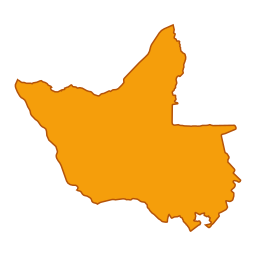 map outline of Matabeleland North (Mercator projection)
{"feature_id": "ZWE-526", "entity_name": "Matabeleland North", "entity_type": "Province", "adm_level": 1, "iso_a3": "ZWE", "parent_name": "Zimbabwe", "parent_adm1": "", "projection": "mercator", "projection_center": [27.816, -18.601], "detail": "fine", "context": "isolated", "style": "filled", "palette": "amber", "viewbox_px": 256, "rotation_deg": 0, "n_neighbors": 0, "source": "natural_earth", "source_scale": "10m", "svg_char_len": 5826}
<svg xmlns="http://www.w3.org/2000/svg" viewBox="0 0 256 256"><path d="M57.4,151.2L55.9,146.5L48.9,140.1L46.9,135.6L46.5,131.3L45.9,129.2L44.5,127.9L42.3,126.8L40.7,125.4L38.0,121.5L37.2,120.7L35.3,119.4L31.6,115.5L30.9,114.3L30.6,113.5L30.1,111.0L29.6,109.8L27.8,106.8L26.0,102.3L24.8,100.1L23.1,98.7L21.2,97.6L19.7,95.9L17.4,91.9L15.7,87.8L15.4,86.4L15.4,84.7L17.6,79.7L18.0,80.1L19.1,80.6L20.8,81.9L21.9,82.5L22.4,82.5L24.2,82.5L26.1,83.2L26.7,83.3L30.9,83.3L32.1,83.7L32.4,83.6L32.9,83.0L33.2,82.9L37.0,82.2L40.0,80.9L41.4,80.7L42.8,81.8L44.9,82.4L46.1,83.0L47.2,83.7L48.3,85.2L50.8,86.3L51.6,87.3L50.7,87.7L50.6,88.5L51.0,89.5L51.6,90.2L55.0,91.8L57.4,91.9L58.1,91.8L61.2,90.2L61.6,90.6L61.9,89.9L62.8,89.7L63.8,89.6L64.6,89.4L64.6,88.2L65.9,87.8L66.9,87.3L68.2,87.0L70.7,85.2L71.2,84.9L71.7,85.1L72.7,86.5L73.2,86.7L75.8,87.0L76.4,87.3L77.2,88.0L77.6,88.1L79.7,87.7L82.3,88.2L86.6,90.6L88.9,91.4L90.4,91.6L91.4,92.0L93.7,94.3L94.7,94.8L97.8,95.8L98.7,95.9L99.3,95.7L100.9,94.2L101.7,93.8L102.6,93.6L103.9,93.4L109.2,90.9L110.6,91.4L112.6,90.0L113.2,89.8L115.9,89.6L116.7,89.4L118.3,88.6L122.0,84.9L123.9,82.5L123.7,79.7L123.8,79.1L124.4,78.2L139.3,62.6L145.0,57.3L148.0,54.2L149.5,51.3L150.7,46.6L151.6,44.5L159.3,32.9L161.5,30.5L164.4,28.7L173.1,24.9L174.2,29.7L173.6,32.8L173.8,33.1L174.7,33.6L175.1,33.9L175.1,34.5L174.4,36.5L174.2,37.6L174.3,38.1L174.9,38.6L175.7,38.9L176.0,39.2L176.7,40.6L176.9,41.0L177.3,41.1L178.6,41.0L179.2,41.2L179.6,41.6L179.3,43.1L179.6,43.9L180.1,44.8L180.0,45.4L179.8,46.0L179.8,46.3L180.5,47.5L180.5,49.0L181.0,51.1L181.3,51.4L182.4,52.3L182.9,52.9L183.5,53.3L184.4,53.7L184.8,54.1L185.0,54.4L185.7,57.0L185.6,59.2L185.0,60.9L184.9,61.6L184.5,62.4L183.7,64.7L183.9,67.2L183.4,68.3L183.1,69.7L182.8,70.6L182.8,71.1L183.2,72.4L183.1,73.2L181.5,74.9L180.1,76.3L179.8,76.4L179.6,76.3L179.2,75.9L178.7,75.8L178.2,76.0L176.7,77.3L176.1,79.3L176.1,79.7L176.7,82.5L176.7,83.0L176.7,83.4L176.0,84.8L175.5,86.0L175.5,86.8L175.6,87.4L175.5,87.7L175.4,88.0L174.9,88.3L174.5,88.7L174.2,89.7L174.0,90.3L172.7,91.4L172.3,92.0L172.3,92.6L172.8,94.4L173.1,95.1L173.7,95.4L174.0,95.4L174.9,95.2L175.2,95.3L175.5,95.5L175.6,95.9L175.5,97.1L175.6,97.8L175.9,98.6L176.0,99.3L175.7,99.9L174.7,100.8L174.6,101.1L174.6,101.5L174.9,101.8L175.5,102.3L177.1,102.7L177.4,102.8L177.7,103.1L177.8,103.5L177.7,103.7L177.4,103.8L174.4,104.2L172.8,104.5L172.5,104.7L172.3,105.0L172.1,122.4L172.4,124.0L173.5,124.9L174.2,125.1L175.0,125.1L178.3,124.7L180.2,125.4L182.5,125.5L184.3,125.9L189.9,126.1L191.0,126.3L192.9,126.0L195.8,126.0L197.7,126.2L200.0,126.1L202.6,125.4L206.2,125.4L208.1,125.2L209.6,124.7L210.3,124.8L211.2,125.2L213.0,125.6L234.1,125.3L234.6,125.4L235.0,125.7L235.8,127.1L236.0,127.8L236.0,128.3L235.8,129.0L235.3,129.3L225.4,133.5L222.3,134.3L221.8,134.5L221.4,135.1L221.4,136.2L224.7,151.2L224.9,151.9L225.2,152.6L225.6,153.0L226.7,153.5L227.1,153.9L228.8,156.6L229.0,157.1L228.8,158.4L227.9,159.7L227.9,162.1L228.5,162.8L229.1,163.3L234.2,168.9L234.5,169.4L234.7,169.8L234.7,170.5L234.5,171.0L233.3,173.0L233.6,173.4L240.6,180.2L240.2,181.3L239.9,181.6L239.3,182.0L238.9,182.1L238.4,182.0L237.2,181.2L236.6,181.0L234.4,180.6L233.7,180.8L233.4,181.0L233.2,181.3L233.2,182.0L233.4,182.4L234.9,184.0L235.1,184.5L235.2,185.0L234.9,186.4L234.6,186.9L234.2,187.5L231.7,189.7L231.3,190.3L231.4,190.8L231.7,191.1L232.4,191.9L233.6,192.8L233.8,193.2L233.8,196.2L232.8,199.6L232.5,200.1L231.2,201.0L230.4,201.3L229.8,201.5L226.4,200.8L226.1,200.9L225.9,201.0L226.0,201.8L227.0,205.5L227.5,207.0L227.4,207.5L226.4,209.1L225.8,209.7L221.8,211.9L219.1,213.1L218.8,213.8L218.8,214.6L219.2,215.8L219.2,216.1L219.0,216.5L213.5,223.2L212.4,224.2L211.5,224.9L211.1,225.8L209.6,227.4L208.9,227.5L208.4,227.4L205.5,225.0L209.3,224.2L210.2,223.8L210.6,223.5L211.1,222.8L211.2,222.1L211.1,221.9L209.8,220.9L209.4,220.4L209.5,219.9L210.0,218.6L210.1,217.9L209.9,217.7L209.2,217.5L209.0,217.2L208.8,216.3L208.6,216.1L208.2,216.1L207.4,216.5L206.6,216.6L205.4,215.8L204.4,215.5L204.2,215.3L204.2,215.0L204.3,214.1L204.5,213.3L204.5,213.1L204.3,213.0L204.0,213.1L202.9,213.4L201.6,213.6L200.2,214.6L199.8,214.6L199.2,214.4L196.0,212.7L195.4,212.6L195.2,212.8L195.1,213.1L195.2,213.8L195.7,216.0L195.7,216.5L195.3,217.8L195.3,218.9L195.1,219.3L194.0,220.0L193.8,220.3L193.8,220.5L194.1,220.8L194.8,221.0L196.4,221.1L197.3,221.4L198.0,221.3L198.7,221.0L199.1,221.0L199.6,221.1L200.0,221.8L200.5,222.4L200.6,223.0L199.9,224.6L198.5,225.2L190.9,231.0L190.5,231.1L190.2,230.8L189.6,229.6L189.1,228.1L188.3,226.9L187.7,226.2L187.3,225.4L186.3,224.7L186.0,224.2L185.8,223.6L184.6,222.7L183.5,221.4L183.3,221.1L183.2,220.1L182.7,219.4L182.3,218.2L181.8,217.8L180.7,217.3L180.4,217.1L180.1,216.2L179.8,215.9L179.4,215.9L177.5,216.7L174.5,216.9L171.9,218.1L171.7,218.1L171.4,218.0L169.4,214.9L169.1,214.5L168.9,214.7L168.6,215.2L167.9,217.6L167.5,219.5L167.4,221.2L167.3,221.8L167.0,222.1L165.2,222.1L162.9,221.7L162.1,221.4L161.5,221.0L160.6,220.0L159.3,219.3L158.4,218.6L154.2,214.5L151.8,212.8L149.9,210.6L148.8,208.8L147.7,207.8L147.4,207.2L147.1,204.7L146.7,204.2L146.0,203.7L145.1,202.5L144.0,202.1L142.5,201.9L141.2,201.6L140.4,201.2L138.5,199.8L137.4,199.2L136.3,199.0L133.3,198.6L132.4,198.7L131.2,199.7L130.3,199.9L128.4,199.6L127.5,199.6L126.9,199.7L126.2,199.6L125.3,199.1L123.2,198.8L115.3,199.8L114.1,199.5L112.1,199.5L101.1,202.2L100.2,202.5L97.4,204.1L96.4,203.4L93.8,202.7L92.8,202.2L92.0,201.4L91.6,200.1L91.1,198.9L90.2,197.9L87.9,196.5L86.8,196.0L84.6,195.5L83.6,195.1L82.5,194.1L80.9,191.7L79.7,191.0L78.0,190.7L76.8,190.0L76.9,189.9L77.2,189.7L77.6,189.0L78.0,187.7L77.9,187.2L76.9,186.0L76.3,185.6L75.7,185.3L72.7,185.2L70.2,184.6L68.0,183.2L66.6,181.0L61.2,165.7L59.9,163.1L58.2,160.8L56.8,158.4L56.4,157.3L56.2,155.9L56.4,154.7L57.3,152.5L57.4,151.2Z" fill="#f59e0b" stroke="#b45309" stroke-width="1.5"/></svg>